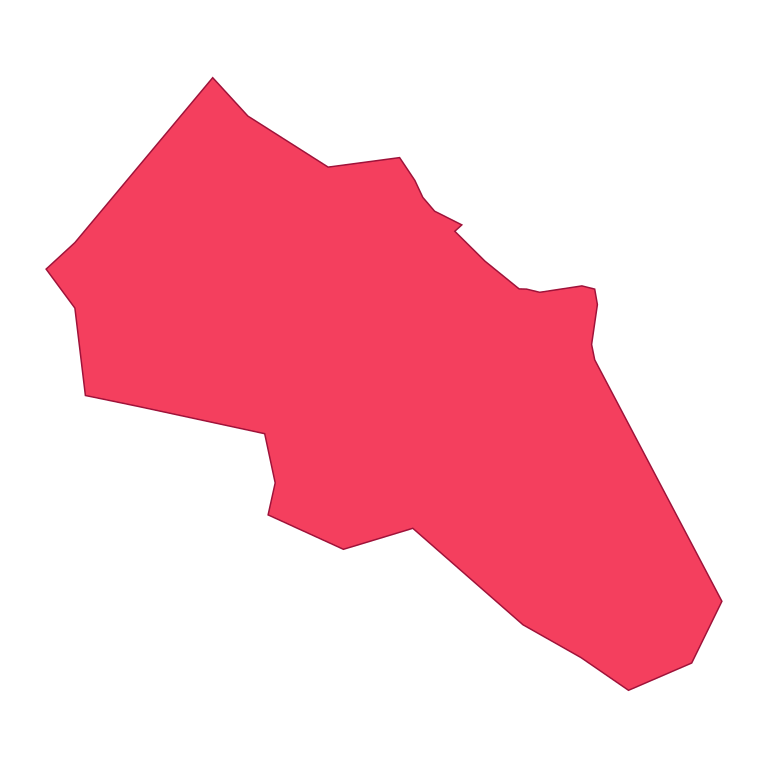 map outline of Santa Cruz (Mercator projection)
{"feature_id": "CPV-5048", "entity_name": "Santa Cruz", "entity_type": "state/province", "adm_level": 1, "iso_a3": "CPV", "parent_name": "Cabo Verde", "parent_adm1": "", "projection": "mercator", "projection_center": [-23.551, 15.108], "detail": "fine", "context": "isolated", "style": "filled", "palette": "rose", "viewbox_px": 768, "rotation_deg": 0, "n_neighbors": 0, "source": "natural_earth", "source_scale": "10m", "svg_char_len": 534}
<svg xmlns="http://www.w3.org/2000/svg" viewBox="0 0 768 768"><path d="M212.7,77.7L247.9,116.1L328.1,167.1L399.6,157.6L414.9,180.5L422.8,197.4L434.6,211.2L461.8,224.9L454.8,231.3L485.0,261.2L519.1,288.9L526.5,289.1L539.7,292.3L581.9,285.9L594.7,289.1L597.4,304.6L591.6,344.5L594.7,359.8L721.9,601.3L691.7,663.0L628.5,690.3L581.0,657.6L523.0,624.8L412.8,528.3L343.4,549.3L268.1,514.9L275.2,482.9L264.7,433.7L138.1,406.4L85.4,395.5L74.9,308.1L46.1,269.1L74.9,242.6L212.7,77.7Z" fill="#f43f5e" stroke="#9f1239" stroke-width="1.5"/></svg>